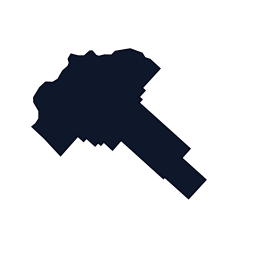 Garfield, Washington, United States of America (Natural Earth projection), rotated 312°
{"feature_id": "52423323B83834618329235", "entity_name": "Garfield", "entity_type": "district", "adm_level": 2, "iso_a3": "USA", "parent_name": "United States of America", "parent_adm1": "Washington", "projection": "natural_earth1", "projection_center": [-117.541, 46.35], "detail": "fine", "context": "isolated", "style": "filled", "palette": "ink", "viewbox_px": 256, "rotation_deg": 312, "n_neighbors": 0, "source": "geoboundaries", "source_scale": "gbopen_adm2", "svg_char_len": 761}
<svg xmlns="http://www.w3.org/2000/svg" viewBox="0 0 256 256"><g transform="rotate(312 128 128)"><path d="M116.1,220.2L136.5,220.4L141.6,220.5L141.6,187.9L154.1,187.9L154.1,119.3L158.5,119.2L158.4,115.4L167.2,115.5L167.2,111.7L193.5,111.9L193.6,98.5L191.4,93.6L192.9,88.5L188.2,76.8L176.4,67.4L171.0,67.1L166.5,61.8L161.6,58.5L160.4,55.8L161.1,49.8L159.5,48.2L152.2,47.4L148.1,42.8L144.7,36.3L139.5,37.4L137.3,40.9L133.9,42.2L126.7,41.4L117.3,43.4L111.4,41.6L106.9,36.2L98.8,35.5L87.7,37.6L84.3,40.8L81.2,50.5L75.4,55.7L69.5,56.6L64.8,55.9L64.5,72.8L62.4,96.3L88.4,96.1L88.4,103.9L92.7,103.9L92.7,115.5L97.1,115.5L97.2,119.3L101.5,119.3L101.3,131.2L114.3,131.0L114.2,188.1L116.1,188.1L116.1,220.2Z" fill="#0f172a" stroke="#020617" stroke-width="1.5"/></g></svg>